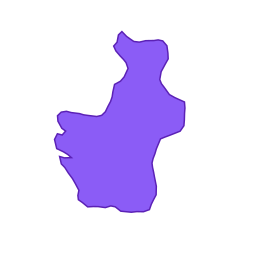 outline of Koroveia, Cyprus, rotated 46°
{"feature_id": "46923920B36797029965158", "entity_name": "Koroveia", "entity_type": "district", "adm_level": 2, "iso_a3": "CYP", "parent_name": "Cyprus", "parent_adm1": "", "projection": "natural_earth1", "projection_center": [34.274, 35.508], "detail": "fine", "context": "isolated", "style": "filled", "palette": "violet", "viewbox_px": 256, "rotation_deg": 46, "n_neighbors": 0, "source": "geoboundaries", "source_scale": "gbopen_adm2", "svg_char_len": 1270}
<svg xmlns="http://www.w3.org/2000/svg" viewBox="0 0 256 256"><g transform="rotate(46 128 128)"><path d="M87.3,107.4L91.6,113.9L94.6,117.8L96.8,122.1L98.5,127.3L100.6,133.0L100.6,138.2L98.0,142.5L91.6,147.7L87.8,150.7L83.9,152.9L77.5,158.1L73.2,160.7L70.2,165.0L70.2,170.2L74.5,173.7L82.2,175.8L86.9,175.0L87.3,180.2L83.1,182.8L85.2,188.8L93.3,193.6L100.2,191.0L105.3,189.7L110.0,189.3L105.3,194.5L101.0,197.0L107.5,200.9L112.6,200.9L119.0,202.2L125.9,203.1L131.0,204.4L138.7,206.6L141.7,210.9L145.1,213.5L149.8,212.6L156.7,211.8L160.5,207.4L163.9,204.0L169.5,199.6L172.1,194.5L175.9,191.9L182.8,191.0L190.9,184.1L194.3,179.7L199.0,175.0L201.6,169.3L199.0,164.1L197.3,159.4L195.6,154.2L189.6,148.1L181.5,142.9L177.6,140.3L173.4,137.7L169.9,135.1L167.4,131.2L165.2,126.5L162.7,122.1L158.4,112.2L160.1,107.9L162.2,103.1L166.5,92.7L165.2,86.2L161.4,81.9L156.7,77.1L153.2,73.2L148.5,69.3L143.0,71.5L138.7,73.2L132.7,75.0L123.7,73.7L119.4,73.2L115.2,71.5L110.5,65.0L107.9,56.8L106.2,51.1L101.9,47.3L95.9,42.9L89.5,42.5L85.6,45.1L83.1,48.6L77.5,54.6L74.1,60.2L69.8,63.7L65.5,64.6L61.2,65.4L54.4,65.4L54.4,70.2L58.7,76.3L59.1,81.4L64.2,83.2L71.1,83.6L75.4,83.6L79.6,84.0L85.2,86.6L88.6,95.3L89.1,100.9L87.3,107.4Z" fill="#8b5cf6" stroke="#5b21b6" stroke-width="1.5"/></g></svg>